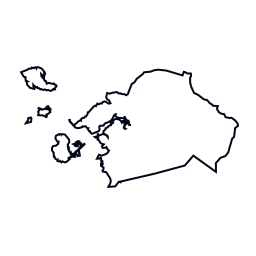 outline of Nett, Pohnpei, Federated States of Micronesia, rotated 273°
{"feature_id": "79324940B16225653054825", "entity_name": "Nett", "entity_type": "district", "adm_level": 2, "iso_a3": "FSM", "parent_name": "Federated States of Micronesia", "parent_adm1": "Pohnpei", "projection": "mercator", "projection_center": [158.226, 6.943], "detail": "fine", "context": "isolated", "style": "outline", "palette": "ink", "viewbox_px": 256, "rotation_deg": 273, "n_neighbors": 0, "source": "geoboundaries", "source_scale": "gbopen_adm2", "svg_char_len": 5781}
<svg xmlns="http://www.w3.org/2000/svg" viewBox="0 0 256 256"><g transform="rotate(273 128 128)"><path d="M88.8,218.1L97.6,217.6L103.1,222.0L105.1,226.7L108.7,229.3L122.9,232.6L124.7,234.4L133.5,235.0L135.9,237.7L138.1,237.3L141.1,234.7L143.0,231.9L143.6,230.7L143.3,228.9L143.9,224.9L146.8,223.3L147.3,220.0L148.6,217.9L151.2,216.1L152.6,215.9L154.5,216.6L154.7,211.6L155.9,210.7L157.0,208.4L160.0,205.6L160.6,202.3L164.6,196.5L166.5,192.1L172.4,189.0L176.4,187.7L181.4,187.4L183.5,188.3L185.7,187.9L185.6,184.1L186.8,182.1L187.0,180.8L183.4,179.7L187.4,163.1L187.8,155.2L187.1,151.3L185.4,147.5L184.5,141.2L182.7,140.0L177.6,134.2L173.8,131.9L172.3,129.5L161.7,126.0L160.6,124.4L161.5,123.0L161.6,119.7L162.3,118.5L161.9,117.1L163.3,115.0L162.3,110.3L161.3,107.8L161.8,105.3L157.7,104.6L155.8,105.4L154.7,107.5L151.8,109.2L151.3,107.3L153.0,104.6L153.3,103.0L152.3,101.1L151.1,100.7L151.2,99.5L150.2,97.3L150.7,96.1L148.2,94.8L148.6,94.2L147.8,92.7L141.9,88.1L141.6,87.1L139.8,86.9L137.3,85.4L137.3,84.8L135.7,83.6L135.8,82.4L134.9,81.2L133.8,80.4L133.0,80.6L133.2,80.0L131.7,77.6L130.7,77.0L129.4,75.3L127.3,74.1L131.8,69.6L133.0,69.5L133.0,69.0L131.8,69.2L125.7,75.3L125.2,78.3L126.1,81.4L126.9,82.1L126.5,82.3L127.0,83.3L126.5,83.4L127.1,83.4L127.5,85.6L125.8,87.2L125.7,88.3L125.1,87.9L123.4,88.8L122.7,89.6L122.9,90.1L121.6,90.7L120.3,92.3L123.4,99.1L125.1,99.7L127.4,99.2L128.7,99.8L129.1,103.5L130.7,104.2L132.0,105.7L132.1,106.8L134.3,110.4L136.6,112.1L139.4,113.2L140.9,114.4L141.5,115.4L142.1,115.6L141.4,115.4L140.7,114.4L139.8,114.3L137.9,116.6L137.5,122.8L136.8,124.6L137.5,125.0L138.1,124.3L138.9,123.9L139.6,124.3L138.6,124.2L137.5,125.1L136.8,124.7L134.7,128.4L133.8,128.8L132.9,128.2L131.9,128.4L131.0,130.7L131.1,128.9L131.7,128.4L132.6,127.8L133.6,128.3L134.5,128.1L132.1,126.1L133.2,126.2L133.2,125.2L132.4,124.8L131.3,124.9L127.8,124.1L127.1,125.6L126.9,125.2L127.5,124.1L127.1,124.0L128.2,123.8L132.8,124.8L133.1,125.0L133.5,126.0L134.4,126.4L135.5,126.0L135.5,125.0L134.7,124.8L134.0,124.1L134.6,124.6L135.4,124.1L134.5,122.2L134.0,122.2L133.8,123.8L132.0,124.1L133.4,123.8L133.9,122.2L133.0,121.5L134.6,120.7L136.1,118.7L136.4,115.7L136.1,114.4L132.5,111.0L131.8,111.9L133.1,113.6L131.6,111.9L131.3,111.1L132.7,110.1L131.0,111.0L130.0,110.9L129.3,109.0L127.6,107.6L126.5,105.6L125.4,105.5L123.7,103.8L121.7,103.6L120.9,104.4L119.7,107.2L118.6,108.2L117.8,108.3L119.9,106.5L120.3,104.5L120.9,103.8L119.0,99.4L121.0,97.7L118.4,98.7L117.3,95.3L116.7,96.2L116.8,98.3L116.2,99.0L115.7,99.3L116.7,98.2L116.3,97.9L115.5,98.7L114.8,98.3L114.1,99.7L112.2,100.8L110.9,102.4L110.4,104.7L108.3,102.9L106.8,103.7L107.1,106.7L107.8,107.4L105.2,109.0L104.5,110.2L102.2,109.0L100.8,107.3L99.0,103.2L99.8,100.4L95.7,98.5L95.9,100.8L97.0,102.1L96.4,102.8L94.0,102.8L93.5,103.2L93.6,104.1L91.4,104.5L91.6,103.4L91.3,104.2L90.7,104.3L90.4,103.8L91.0,103.6L91.1,104.2L91.3,103.0L89.0,103.0L89.0,103.4L90.3,103.1L90.1,104.4L89.0,103.8L88.0,104.2L87.4,105.6L85.7,105.7L84.2,104.8L83.2,105.0L82.8,108.5L76.8,112.8L74.6,113.5L72.3,113.4L68.2,111.5L69.0,118.3L73.9,121.7L73.4,123.4L74.2,123.6L84.0,157.7L93.5,186.7L103.8,194.7L88.8,218.1ZM180.9,24.5L178.1,18.3L173.8,21.2L173.2,22.9L173.9,23.7L172.8,22.8L170.0,23.4L169.2,25.3L168.7,24.3L166.0,25.1L163.0,28.0L162.1,32.4L162.9,32.5L164.5,31.3L166.0,31.2L165.0,32.0L165.0,32.6L163.8,33.3L164.2,35.1L163.1,35.5L163.1,37.1L162.0,38.3L162.4,38.7L161.6,41.6L162.2,42.9L161.3,44.7L161.8,46.2L161.0,48.6L161.2,49.6L163.0,51.3L163.2,52.2L162.5,52.5L162.8,53.1L163.8,52.6L166.0,54.5L167.3,53.6L167.4,52.6L168.6,51.6L168.1,50.9L168.9,46.1L168.0,44.6L170.7,43.4L170.8,42.4L172.0,41.7L174.2,41.5L174.9,40.0L174.1,39.9L175.3,38.8L177.3,38.5L176.0,39.9L176.4,41.3L175.5,41.6L177.9,42.4L179.1,41.9L178.9,41.3L179.9,41.4L182.9,38.6L184.1,34.8L183.7,33.6L182.9,33.4L183.8,32.9L183.3,30.8L182.8,30.7L182.8,28.8L183.1,29.4L183.3,28.7L182.2,28.0L182.0,25.8L180.9,24.5ZM109.9,85.1L107.1,82.3L109.3,81.0L109.4,82.0L111.1,82.3L109.5,81.8L109.5,80.9L112.1,80.2L112.4,78.8L112.0,78.2L112.0,80.0L110.4,80.2L111.3,79.5L111.1,78.2L110.7,77.2L109.2,76.4L109.3,75.5L108.8,76.3L109.5,75.2L109.1,74.4L108.3,76.4L107.9,76.4L108.1,75.2L107.1,76.9L107.2,79.2L107.4,77.2L109.0,76.4L110.2,77.2L110.1,77.6L110.6,77.5L110.7,78.6L109.8,79.1L108.3,77.8L107.9,78.5L108.3,78.3L109.3,78.9L109.4,79.7L110.7,78.9L111.0,79.3L108.4,81.5L106.8,82.1L106.8,81.5L105.7,81.2L99.6,75.3L99.3,74.0L98.1,73.9L97.7,73.4L100.2,72.4L99.2,72.1L102.4,70.0L103.4,70.2L103.6,69.6L105.3,70.0L105.2,69.2L108.0,68.7L110.9,70.1L113.4,69.7L118.2,65.4L118.4,62.2L117.8,61.8L118.3,61.6L118.3,59.6L117.7,59.4L117.8,58.7L116.6,56.6L115.0,56.1L113.6,56.2L110.8,58.1L110.8,59.4L108.6,59.2L106.6,57.0L106.0,54.1L104.0,53.1L101.5,53.4L99.3,55.1L96.5,55.3L95.8,56.0L95.3,55.6L93.3,57.4L92.4,58.9L92.7,59.4L91.2,59.4L91.0,61.6L91.5,61.9L90.6,62.8L90.9,63.6L90.5,63.8L91.2,64.3L90.4,67.0L90.6,67.9L93.8,71.3L94.9,70.2L95.4,70.8L95.7,72.3L96.3,72.2L96.7,73.3L95.5,74.0L97.0,73.5L97.3,73.8L96.2,76.0L96.5,76.6L97.2,76.0L97.8,76.4L97.0,74.6L97.9,74.5L99.2,76.4L100.2,76.6L99.3,77.0L98.5,76.7L98.6,76.2L98.1,76.5L98.5,77.0L99.8,77.2L98.6,77.9L98.6,78.4L100.6,76.9L103.4,79.7L98.3,81.1L98.0,79.1L97.3,79.2L97.9,81.4L103.8,80.0L107.9,84.1L109.6,85.5L109.9,85.1ZM142.8,37.6L141.7,38.9L139.5,37.4L138.1,38.0L136.1,37.6L136.1,42.8L134.6,45.8L134.8,46.1L135.7,45.6L136.2,46.3L137.2,45.9L138.2,47.9L139.8,49.5L140.1,49.0L141.0,49.3L141.5,48.7L141.4,50.2L141.6,49.4L142.7,49.8L143.2,49.3L144.1,46.6L144.5,47.9L145.6,47.2L145.4,46.1L144.3,45.5L142.9,45.9L143.3,47.0L142.5,47.2L142.5,46.0L143.8,45.1L143.2,44.4L142.4,45.4L142.9,44.3L141.8,41.3L142.8,39.9L142.2,39.4L143.3,37.9L142.8,37.6ZM132.3,31.1L133.4,30.4L132.5,27.7L131.1,28.0L127.4,25.8L129.0,30.8L132.3,31.1Z" fill="none" stroke="#020617" stroke-width="2"/></g></svg>